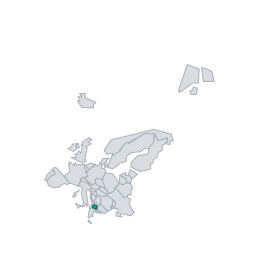 North Macedonia on a map of Europe (Mercator projection), rotated 40°
{"feature_id": "MKD", "entity_name": "North Macedonia", "entity_type": "country or territory", "adm_level": 0, "iso_a3": "MKD", "parent_name": "Europe", "parent_adm1": "", "projection": "mercator", "projection_center": [21.64, 41.604], "detail": "fine", "context": "in_parent", "style": "filled", "palette": "teal", "viewbox_px": 256, "rotation_deg": 40, "n_neighbors": 37, "source": "natural_earth", "source_scale": "50m", "svg_char_len": 8096}
<svg xmlns="http://www.w3.org/2000/svg" viewBox="0 0 256 256"><g transform="rotate(40 128 128)"><path d="M132.7,41.3L144.7,37.2L153.1,48.2L148.5,51.9L145.0,67.0L142.8,67.4L132.7,41.3ZM170.6,113.8L166.0,116.3L166.8,112.7L164.5,110.5L159.0,118.5L152.5,114.8L150.0,119.7L146.6,118.9L138.4,136.4L138.5,139.6L136.6,139.5L135.5,143.4L136.1,155.0L133.8,159.6L132.6,157.4L128.9,161.5L124.0,160.5L122.7,148.0L148.8,112.4L165.2,104.9L171.0,109.0L168.6,110.4L170.6,113.8ZM163.9,37.1L155.8,43.9L145.4,34.3L155.6,30.5L163.9,37.1ZM158.9,58.3L154.8,61.8L151.6,59.8L152.9,57.6L151.8,54.7L155.6,52.9L158.9,58.3Z" fill="#d9dde1" stroke="#a8b0b8" stroke-width="1"/><path d="M118.2,184.3L128.4,190.4L124.6,196.7L127.2,204.6L116.9,208.0L110.1,205.3L111.4,198.6L105.3,193.4L105.1,191.3L110.6,191.5L110.0,188.3L111.7,189.5L118.2,184.3ZM129.7,209.9L130.8,206.3L130.5,210.4L129.7,209.9Z" fill="#d9dde1" stroke="#a8b0b8" stroke-width="1"/><path d="M133.8,159.6L136.7,150.6L135.5,143.4L136.6,139.5L138.5,139.6L144.3,121.6L151.4,116.1L156.8,122.0L157.4,131.0L154.3,132.3L152.8,138.0L146.3,144.9L145.0,150.4L148.0,155.1L144.4,160.0L142.7,169.0L137.3,171.4L133.8,159.6Z" fill="#d9dde1" stroke="#a8b0b8" stroke-width="1"/><path d="M165.3,168.7L170.2,170.8L170.0,173.1L173.6,177.7L171.0,178.6L171.9,181.5L169.6,183.8L156.7,183.1L156.7,176.0L160.4,174.8L162.2,170.6L165.3,168.7Z" fill="#d9dde1" stroke="#a8b0b8" stroke-width="1"/><path d="M177.8,199.5L180.6,200.0L175.7,202.9L173.1,200.4L175.2,199.0L171.7,196.7L166.2,200.4L166.5,197.5L168.7,197.5L166.2,192.9L159.2,194.0L154.1,192.1L157.5,186.4L156.7,183.1L158.6,182.1L169.6,183.8L170.3,181.7L175.5,180.8L178.4,186.0L187.1,188.8L186.5,193.5L177.7,197.9L177.8,199.5Z" fill="#d9dde1" stroke="#a8b0b8" stroke-width="1"/><path d="M156.7,176.0L157.2,179.7L156.1,180.3L157.7,185.6L155.4,190.4L143.2,186.4L139.4,178.9L139.5,176.5L145.9,173.0L156.7,176.0Z" fill="#d9dde1" stroke="#a8b0b8" stroke-width="1"/><path d="M144.7,192.9L142.9,196.8L140.4,197.5L131.0,195.7L137.3,194.7L138.5,190.8L143.8,191.1L144.7,192.9Z" fill="#d9dde1" stroke="#a8b0b8" stroke-width="1"/><path d="M154.1,192.1L155.2,193.6L152.1,197.8L147.4,199.3L143.3,196.4L144.7,192.9L154.1,192.1Z" fill="#d9dde1" stroke="#a8b0b8" stroke-width="1"/><path d="M162.4,192.6L166.2,192.9L168.7,197.5L166.5,197.5L165.4,200.0L165.2,196.5L162.4,192.6Z" fill="#d9dde1" stroke="#a8b0b8" stroke-width="1"/><path d="M165.4,200.0L167.9,200.5L166.0,204.6L155.7,204.3L150.7,198.3L156.0,193.0L162.4,192.6L165.2,196.5L165.4,200.0Z" fill="#d9dde1" stroke="#a8b0b8" stroke-width="1"/><path d="M162.2,170.6L160.4,174.8L156.7,176.0L152.2,169.2L159.2,168.1L162.2,170.6Z" fill="#d9dde1" stroke="#a8b0b8" stroke-width="1"/><path d="M163.6,164.4L165.3,168.7L162.2,170.6L159.2,168.1L152.2,169.2L154.9,163.4L156.4,166.0L159.7,162.7L163.6,164.4Z" fill="#d9dde1" stroke="#a8b0b8" stroke-width="1"/><path d="M164.9,157.3L163.6,164.4L158.2,163.3L156.4,158.4L164.9,157.3Z" fill="#d9dde1" stroke="#a8b0b8" stroke-width="1"/><path d="M139.5,176.5L141.1,184.4L136.0,186.9L138.5,190.8L137.3,194.7L127.3,194.3L128.4,190.4L125.8,189.9L124.6,187.3L124.5,182.3L126.1,181.1L126.6,176.7L128.5,177.2L129.7,175.6L129.2,172.7L131.8,172.6L133.6,175.7L136.5,174.2L139.5,176.5Z" fill="#d9dde1" stroke="#a8b0b8" stroke-width="1"/><path d="M155.1,203.2L155.7,204.3L166.0,204.6L164.9,208.8L155.7,210.5L155.1,203.2Z" fill="#d9dde1" stroke="#a8b0b8" stroke-width="1"/><path d="M161.8,224.6L158.9,225.5L156.7,224.6L157.1,223.7L161.8,224.6ZM152.1,211.7L162.4,209.9L161.4,211.7L157.1,212.0L158.4,213.4L155.1,213.1L157.7,219.2L156.0,218.6L156.1,222.1L154.8,222.1L150.5,214.6L152.1,211.7Z" fill="#d9dde1" stroke="#a8b0b8" stroke-width="1"/><path d="M152.1,211.7L150.5,214.6L149.2,213.1L149.8,207.1L152.1,211.7Z" fill="#d9dde1" stroke="#a8b0b8" stroke-width="1"/><path d="M144.0,197.3L149.1,200.6L142.5,201.7L147.4,207.6L142.9,205.1L140.9,201.0L138.6,200.9L144.0,197.3Z" fill="#d9dde1" stroke="#a8b0b8" stroke-width="1"/><path d="M131.2,194.5L132.6,197.3L126.9,199.2L124.6,197.9L125.9,194.5L131.2,194.5Z" fill="#d9dde1" stroke="#a8b0b8" stroke-width="1"/><path d="M124.2,187.4L124.9,189.2L124.0,189.0L124.2,187.4Z" fill="#d9dde1" stroke="#a8b0b8" stroke-width="1"/><path d="M124.9,185.3L124.0,189.0L118.2,184.3L122.7,183.4L124.9,185.3Z" fill="#d9dde1" stroke="#a8b0b8" stroke-width="1"/><path d="M126.2,177.3L124.9,185.3L119.6,183.7L122.2,178.5L126.2,177.3Z" fill="#d9dde1" stroke="#a8b0b8" stroke-width="1"/><path d="M97.0,209.1L98.4,208.1L101.8,210.4L99.8,214.6L100.7,218.2L99.1,221.1L97.2,221.0L97.3,217.8L96.1,216.7L97.0,209.1Z" fill="#d9dde1" stroke="#a8b0b8" stroke-width="1"/><path d="M99.9,220.5L99.8,214.6L101.8,210.4L98.4,208.1L97.0,209.1L96.3,206.3L98.9,204.5L119.0,207.7L117.4,210.7L115.0,211.2L113.0,215.3L113.8,216.7L109.6,221.5L103.7,223.1L99.9,220.5Z" fill="#d9dde1" stroke="#a8b0b8" stroke-width="1"/><path d="M102.2,176.1L101.1,181.0L95.2,182.3L96.7,179.2L95.8,176.1L99.7,172.1L99.7,175.5L102.2,176.1Z" fill="#d9dde1" stroke="#a8b0b8" stroke-width="1"/><path d="M132.7,196.2L138.9,197.3L139.1,199.7L136.2,200.2L136.7,203.6L147.3,212.8L147.1,214.2L144.5,212.6L144.9,216.3L142.3,218.6L143.1,216.2L141.8,213.6L134.1,208.0L132.3,204.0L129.9,202.9L127.2,204.6L126.1,198.6L132.7,196.2ZM136.4,219.3L142.0,217.9L141.3,221.6L136.4,219.3ZM128.5,211.4L131.6,212.5L131.3,215.7L129.7,216.3L128.5,211.4Z" fill="#d9dde1" stroke="#a8b0b8" stroke-width="1"/><path d="M131.8,172.6L129.2,172.7L128.4,167.5L133.0,163.5L132.4,166.4L133.6,167.8L131.8,172.6ZM136.3,168.9L135.7,173.2L133.8,171.4L133.6,170.0L136.3,168.9Z" fill="#d9dde1" stroke="#a8b0b8" stroke-width="1"/><path d="M102.2,176.1L99.7,175.5L99.7,172.1L103.2,174.0L102.2,176.1ZM107.9,177.6L104.3,170.0L103.3,171.5L102.3,166.7L104.4,160.4L108.0,160.3L106.1,164.1L110.0,163.7L107.8,169.4L109.7,169.6L114.4,179.0L116.6,179.6L116.2,183.9L103.0,187.2L107.3,183.5L103.9,181.8L105.8,180.9L105.1,177.3L107.9,177.6Z" fill="#d9dde1" stroke="#a8b0b8" stroke-width="1"/><path d="M86.9,129.0L86.5,131.9L88.6,135.0L79.3,141.9L71.8,139.9L73.6,138.1L69.6,136.0L72.8,133.9L68.9,132.8L72.9,129.2L75.8,132.3L86.9,129.0Z" fill="#d9dde1" stroke="#a8b0b8" stroke-width="1"/><path d="M138.9,197.3L143.3,196.4L144.0,197.3L141.7,200.1L138.7,199.9L138.9,197.3Z" fill="#d9dde1" stroke="#a8b0b8" stroke-width="1"/><path d="M166.8,112.7L165.8,119.9L168.6,123.1L166.9,126.7L169.0,132.0L167.8,135.7L169.4,138.9L168.7,141.6L171.4,144.4L170.7,146.5L165.1,153.6L155.5,156.0L152.7,152.8L153.1,143.1L160.2,135.0L156.8,129.3L156.8,122.0L151.4,116.1L159.0,118.5L164.5,110.5L166.8,112.7Z" fill="#d9dde1" stroke="#a8b0b8" stroke-width="1"/><path d="M155.0,190.2L153.7,192.4L146.3,193.9L144.5,191.9L147.6,189.1L155.0,190.2Z" fill="#d9dde1" stroke="#a8b0b8" stroke-width="1"/><path d="M141.1,184.4L145.8,186.6L148.2,189.1L139.9,191.7L136.5,188.9L136.0,186.9L141.1,184.4Z" fill="#d9dde1" stroke="#a8b0b8" stroke-width="1"/><path d="M147.6,207.2L143.8,203.7L142.8,200.6L149.1,201.6L149.3,204.9L147.6,207.2Z" fill="#d9dde1" stroke="#a8b0b8" stroke-width="1"/><path d="M148.1,198.9L150.7,198.3L155.2,202.3L154.9,207.7L153.2,208.2L151.8,205.7L150.7,206.8L148.8,205.0L148.1,198.9Z" fill="#d9dde1" stroke="#a8b0b8" stroke-width="1"/><path d="M150.4,207.4L149.1,209.1L147.4,207.6L148.8,205.0L150.4,207.4Z" fill="#d9dde1" stroke="#a8b0b8" stroke-width="1"/><path d="M151.3,209.2L150.4,207.4L151.4,205.8L153.5,207.1L151.3,209.2Z" fill="#d9dde1" stroke="#a8b0b8" stroke-width="1"/><path d="M153.1,208.2L153.5,208.2L153.8,208.0L154.0,208.1L154.4,207.9L154.4,208.0L154.5,208.0L154.8,208.4L155.0,208.6L155.4,208.8L155.5,208.9L155.6,209.2L155.7,209.4L155.8,209.4L155.8,209.5L155.7,209.8L155.6,210.4L155.6,210.5L155.4,210.5L155.3,210.9L155.0,210.9L154.8,211.0L154.7,211.0L154.4,210.9L154.2,210.9L153.9,211.0L153.5,211.4L153.2,211.5L152.9,211.5L152.7,211.6L152.4,211.6L152.0,211.6L151.9,211.5L151.6,211.5L151.5,211.1L151.4,211.1L151.2,210.6L151.2,210.3L151.1,210.0L151.1,209.9L151.2,209.6L151.3,209.2L151.5,209.2L151.6,208.8L151.7,208.7L152.2,208.4L152.4,208.4L152.5,208.5L152.7,208.4L152.8,208.3L153.1,208.2L153.1,208.2Z" fill="#14b8a6" stroke="#0f766e" stroke-width="1.5"/></g></svg>